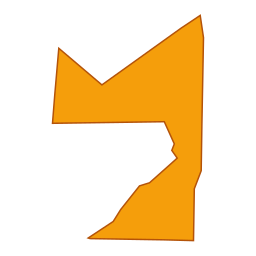 the district of Akjoujt, Inchiri, Mauritania
{"feature_id": "47542326B26316239883363", "entity_name": "Akjoujt", "entity_type": "district", "adm_level": 2, "iso_a3": "MRT", "parent_name": "Mauritania", "parent_adm1": "Inchiri", "projection": "robinson", "projection_center": [-14.718, 19.947], "detail": "fine", "context": "isolated", "style": "filled", "palette": "amber", "viewbox_px": 256, "rotation_deg": 0, "n_neighbors": 0, "source": "geoboundaries", "source_scale": "gbopen_adm2", "svg_char_len": 431}
<svg xmlns="http://www.w3.org/2000/svg" viewBox="0 0 256 256"><path d="M88.2,238.0L90.1,238.6L163.3,239.8L193.5,240.6L194.3,188.8L201.2,170.7L201.9,124.1L203.5,37.7L200.2,15.4L181.3,28.0L172.5,34.3L101.9,84.9L58.8,48.3L54.8,94.3L52.5,123.3L164.3,121.7L174.3,143.9L171.8,150.4L177.2,158.1L169.1,165.4L149.5,182.8L147.2,183.5L139.5,185.9L120.8,209.4L113.2,221.5L88.2,238.0Z" fill="#f59e0b" stroke="#b45309" stroke-width="1.5"/></svg>